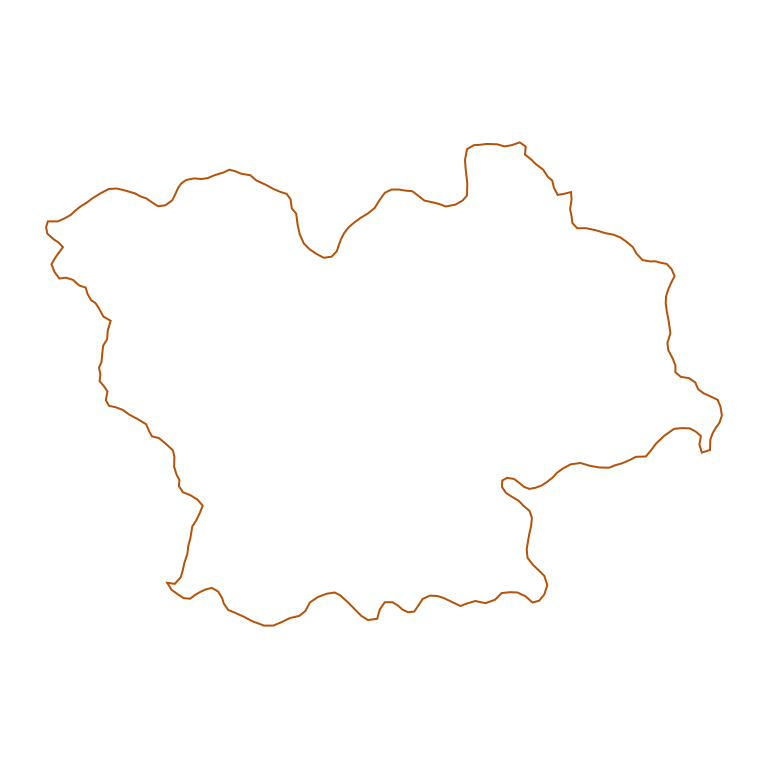 Pratinha, Minas Gerais, Brazil (orthographic projection)
{"feature_id": "56859067B43634204872254", "entity_name": "Pratinha", "entity_type": "district", "adm_level": 2, "iso_a3": "BRA", "parent_name": "Brazil", "parent_adm1": "Minas Gerais", "projection": "orthographic", "projection_center": [-46.401, -19.763], "detail": "fine", "context": "isolated", "style": "outline", "palette": "amber", "viewbox_px": 768, "rotation_deg": 0, "n_neighbors": 0, "source": "geoboundaries", "source_scale": "gbopen_adm2", "svg_char_len": 3784}
<svg xmlns="http://www.w3.org/2000/svg" viewBox="0 0 768 768"><path d="M519.7,142.4L511.6,145.2L504.5,146.4L497.1,144.3L486.8,143.9L480.0,144.8L473.8,145.2L467.0,149.2L465.0,159.9L465.5,167.3L466.3,174.7L467.3,183.4L467.0,195.5L462.5,200.6L455.5,204.6L445.8,206.5L439.0,203.9L431.9,202.2L424.3,200.5L417.2,194.9L412.2,191.2L405.4,190.6L398.7,189.5L391.6,189.5L384.8,192.8L379.2,200.6L374.7,208.0L368.1,213.3L360.4,218.0L353.6,223.0L348.8,227.2L344.2,233.0L340.9,239.4L338.8,245.2L336.8,251.2L331.8,256.6L323.8,257.8L316.8,254.1L309.7,249.4L303.8,243.4L299.7,234.3L297.6,224.6L296.2,213.7L291.8,208.4L290.5,199.3L286.7,193.9L280.9,192.1L273.5,189.0L265.6,184.7L256.4,180.5L250.4,175.3L241.1,173.7L234.8,171.1L229.3,169.7L223.4,172.5L214.6,175.2L207.7,178.1L201.7,179.0L194.3,178.4L186.3,179.9L181.2,183.5L178.0,188.1L175.4,194.0L172.2,200.3L165.4,205.3L158.1,206.2L151.9,202.3L146.5,198.5L140.3,196.3L135.0,193.4L129.5,191.8L123.3,190.0L116.5,188.5L108.8,189.0L100.2,193.5L92.1,198.5L86.5,202.8L80.6,206.4L75.9,210.1L70.6,215.0L64.9,218.2L57.9,221.4L47.9,221.4L46.1,227.0L47.3,233.6L53.8,239.4L58.8,242.7L62.9,247.1L55.5,257.3L51.5,264.3L54.7,272.3L59.4,278.5L65.9,277.7L73.0,279.9L79.2,285.5L85.7,287.6L87.5,293.9L91.0,300.1L95.6,303.2L98.9,308.3L103.4,316.6L110.7,320.8L107.8,330.2L107.1,339.2L103.1,345.8L102.2,354.2L101.6,361.7L99.0,367.7L100.4,374.3L99.6,381.1L104.1,386.5L107.5,391.5L105.8,400.2L109.0,405.8L115.5,407.2L122.8,409.9L129.5,414.8L137.9,419.2L146.1,424.2L149.3,431.5L152.0,436.4L159.0,438.1L165.6,443.6L172.9,450.3L174.4,456.7L174.1,466.7L176.5,474.5L179.4,479.9L178.9,486.2L182.9,492.2L190.4,495.2L197.4,499.6L202.7,505.6L199.8,513.0L196.2,520.4L192.3,526.4L190.3,538.4L188.2,546.2L187.4,553.8L184.5,562.5L182.6,570.9L180.7,577.3L174.7,583.9L167.2,582.8L171.5,589.7L177.5,594.1L183.6,598.1L190.1,598.7L195.4,594.7L200.3,591.9L206.0,589.3L211.9,587.9L218.1,591.5L222.1,597.9L223.9,603.8L228.3,610.0L236.0,613.2L244.4,617.0L252.2,621.2L258.3,623.4L263.9,625.6L273.3,625.6L282.4,621.8L289.8,618.1L299.2,615.9L305.4,611.0L309.9,602.5L317.7,597.1L326.8,593.7L334.7,592.5L340.1,595.3L347.1,601.5L354.5,609.0L361.3,615.9L368.0,620.0L377.2,618.8L379.8,609.4L384.8,602.2L392.4,602.2L397.8,605.4L402.5,609.6L408.0,612.2L414.2,611.6L418.3,605.6L422.6,599.0L429.9,595.6L437.5,596.0L443.9,598.1L451.6,601.8L460.5,606.0L467.1,603.4L475.4,601.0L485.5,603.2L495.1,599.7L501.6,593.1L509.9,592.2L517.5,592.5L525.5,596.3L532.5,602.5L539.2,600.7L544.3,594.4L547.3,585.1L544.3,575.9L538.5,570.1L532.8,564.7L527.5,557.7L526.7,549.1L528.0,541.2L529.5,533.0L531.1,525.9L531.9,517.8L529.5,510.9L523.5,505.8L518.7,500.8L511.3,496.4L505.8,492.7L501.9,486.8L502.3,480.5L507.2,477.8L514.1,479.0L519.2,482.8L523.9,486.8L529.3,488.9L535.7,487.7L541.6,485.5L546.8,482.1L552.5,477.7L557.0,472.7L563.2,468.3L570.8,464.3L580.5,463.0L590.2,465.9L599.6,467.5L609.1,467.7L615.0,465.3L622.0,463.3L629.1,460.3L635.9,456.8L645.8,456.5L651.1,450.2L656.2,443.4L664.2,435.8L674.1,428.8L681.9,428.1L689.7,428.4L695.6,431.5L700.9,436.0L699.4,444.4L701.8,452.6L710.0,450.0L710.3,439.7L712.7,433.1L715.6,428.1L719.5,422.7L721.9,415.5L720.4,406.5L717.7,399.9L710.7,396.5L703.6,393.3L698.1,389.1L695.3,382.5L688.9,378.1L680.9,376.9L675.4,372.3L675.4,365.5L672.8,358.7L668.3,350.2L667.4,343.0L670.4,333.2L668.7,321.2L666.8,311.2L665.7,303.2L666.1,296.4L668.1,289.8L671.1,282.9L674.6,276.1L671.6,269.2L666.7,263.9L661.3,262.9L655.5,261.3L649.9,261.4L642.6,260.1L636.6,253.8L632.8,247.0L626.1,241.5L620.2,237.3L613.4,234.7L605.6,233.2L596.0,230.3L586.2,228.2L577.2,228.2L572.4,223.1L571.6,216.5L570.1,209.3L571.6,199.3L571.0,192.1L564.6,193.7L557.7,194.9L553.9,187.7L552.2,180.5L547.9,176.9L543.2,169.7L535.7,164.0L531.0,159.3L525.0,154.6L525.7,146.5L519.7,142.4Z" fill="none" stroke="#b45309" stroke-width="2"/></svg>